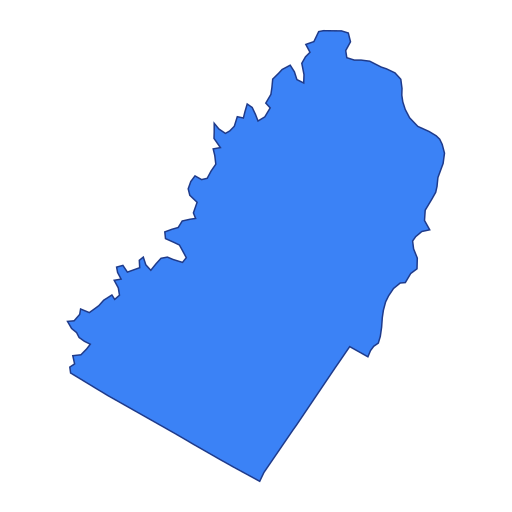 Quinta do Sol, Paraná, Brazil (Robinson projection)
{"feature_id": "56859067B56550779588971", "entity_name": "Quinta do Sol", "entity_type": "district", "adm_level": 2, "iso_a3": "BRA", "parent_name": "Brazil", "parent_adm1": "Paraná", "projection": "robinson", "projection_center": [-52.151, -23.826], "detail": "fine", "context": "isolated", "style": "filled", "palette": "blue", "viewbox_px": 512, "rotation_deg": 0, "n_neighbors": 0, "source": "geoboundaries", "source_scale": "gbopen_adm2", "svg_char_len": 2049}
<svg xmlns="http://www.w3.org/2000/svg" viewBox="0 0 512 512"><path d="M70.6,373.0L96.3,388.6L107.9,395.6L135.0,410.9L171.8,431.7L180.0,436.4L193.6,444.4L220.2,459.6L233.2,466.9L259.7,481.3L263.9,472.5L293.1,429.8L296.4,425.2L335.0,368.0L338.6,362.8L349.7,346.6L367.9,356.8L370.5,350.6L373.7,346.3L378.3,343.1L380.3,336.4L381.6,327.3L382.3,317.6L383.4,310.2L385.6,301.9L388.6,295.8L393.5,288.5L400.2,283.0L405.3,282.6L410.7,273.5L417.0,268.8L417.3,258.1L413.6,248.9L412.6,241.0L415.7,236.6L421.8,231.5L429.7,229.8L424.5,220.5L425.2,210.2L432.1,198.7L435.7,192.3L437.0,186.5L437.9,177.6L443.1,163.5L444.5,153.2L442.2,144.4L439.7,139.2L436.2,135.8L429.1,131.5L417.8,126.4L409.6,117.8L405.2,109.4L402.8,101.9L401.8,95.2L402.0,88.4L400.8,79.3L395.0,72.9L386.4,68.8L381.3,67.1L369.7,61.2L361.2,60.1L354.4,60.1L346.8,57.7L345.7,50.6L350.5,41.8L348.3,33.0L341.5,30.9L323.4,30.7L318.7,31.6L313.9,41.6L305.8,44.4L310.0,52.3L305.5,56.8L301.8,63.3L304.0,74.7L303.7,83.0L296.9,79.6L294.4,71.8L290.2,65.2L282.1,69.5L278.7,73.2L272.7,79.1L271.9,87.6L270.9,94.4L265.8,103.1L270.2,107.9L264.8,116.9L258.0,121.0L255.5,114.5L252.2,107.5L247.2,104.0L244.9,111.9L243.4,118.0L237.3,116.7L234.3,126.3L229.7,131.0L225.4,133.4L218.9,129.0L214.2,123.3L214.2,132.1L214.0,138.4L220.4,147.6L213.2,148.9L214.8,155.6L215.8,164.2L211.1,171.0L207.2,178.3L201.6,179.6L195.0,175.9L190.8,181.5L188.2,188.8L189.8,195.3L197.1,202.3L193.4,212.9L195.6,218.4L189.8,219.3L182.2,221.0L178.2,227.5L171.9,229.3L164.8,231.9L165.5,238.6L174.2,242.5L179.4,245.0L181.9,249.5L186.3,257.7L182.5,262.4L173.1,259.5L167.4,257.1L161.0,258.3L156.1,263.7L150.8,270.3L145.8,264.8L143.3,257.1L139.3,260.3L139.7,267.7L127.4,272.1L122.9,265.4L116.6,267.1L117.6,272.5L121.1,279.1L114.2,280.3L118.3,287.9L119.5,295.2L114.7,299.4L111.9,295.0L103.7,300.2L98.9,305.6L95.0,308.5L89.3,312.6L80.6,309.0L79.7,314.4L74.1,320.8L67.5,321.4L71.6,328.5L76.6,332.6L79.1,337.5L84.4,341.3L90.3,344.2L86.7,348.9L80.9,354.8L72.8,355.7L74.6,363.9L69.8,367.1L70.6,373.0Z" fill="#3b82f6" stroke="#1e3a8a" stroke-width="1.5"/></svg>